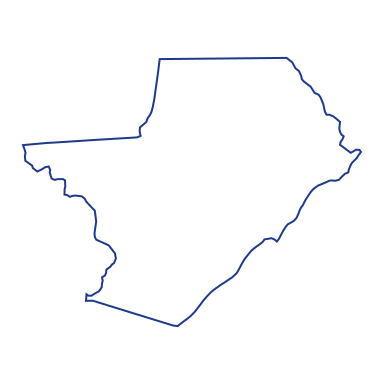 Coruripe, Alagoas, Brazil (Albers equal-area conic projection)
{"feature_id": "56859067B77364556479199", "entity_name": "Coruripe", "entity_type": "district", "adm_level": 2, "iso_a3": "BRA", "parent_name": "Brazil", "parent_adm1": "Alagoas", "projection": "albers", "projection_center": [-36.219, -10.099], "detail": "fine", "context": "isolated", "style": "outline", "palette": "blue", "viewbox_px": 384, "rotation_deg": 0, "n_neighbors": 0, "source": "geoboundaries", "source_scale": "gbopen_adm2", "svg_char_len": 2390}
<svg xmlns="http://www.w3.org/2000/svg" viewBox="0 0 384 384"><path d="M361.0,152.0L359.4,149.9L356.2,149.7L350.8,152.8L340.0,144.8L340.6,141.9L342.4,139.4L343.7,136.3L341.5,134.7L340.1,132.2L339.3,128.6L339.6,125.3L340.1,122.0L335.4,118.0L333.1,116.2L329.5,114.8L326.5,114.7L324.8,111.3L323.3,104.2L321.9,100.7L320.3,97.0L318.5,94.6L314.6,92.9L310.6,86.6L308.4,85.0L303.2,80.9L301.8,79.0L301.2,75.9L299.0,71.1L295.5,68.4L293.8,65.2L292.3,62.4L289.0,59.8L286.6,57.9L159.7,59.1L157.8,74.2L156.3,84.8L154.2,99.7L152.7,107.3L151.5,111.8L150.0,115.0L147.7,118.1L146.2,122.1L142.2,125.5L140.0,127.4L139.6,131.2L140.6,135.9L137.0,137.4L92.0,140.1L74.0,141.3L51.8,142.7L47.5,142.9L23.0,145.1L24.8,150.1L25.5,153.0L24.9,156.0L25.3,160.7L32.2,165.7L32.8,168.0L35.2,169.9L37.4,171.5L41.7,169.4L45.2,167.2L48.7,166.5L50.2,170.0L49.7,172.5L51.6,178.5L54.6,179.9L57.8,179.1L63.0,179.1L65.0,180.3L65.3,186.6L64.6,189.1L64.5,194.6L67.0,195.0L69.9,196.8L73.3,195.7L76.0,195.6L81.9,196.4L84.7,198.7L86.3,201.6L88.9,204.5L94.8,210.7L96.2,221.4L94.5,233.3L94.9,237.2L96.3,239.7L108.8,245.4L115.0,253.4L115.9,258.5L114.0,263.1L112.0,264.5L110.4,266.7L106.4,269.6L106.1,272.9L105.0,275.4L102.0,277.3L102.7,280.4L102.0,283.8L101.7,287.3L99.0,291.2L93.9,294.1L91.6,295.7L88.4,295.7L86.5,294.3L86.3,296.9L86.0,300.8L92.7,300.7L169.1,324.3L173.1,325.5L177.6,326.1L182.2,322.5L184.7,320.6L187.1,318.9L189.0,317.4L191.1,315.6L192.9,313.7L194.8,311.8L196.7,309.4L198.4,307.1L200.9,303.9L203.0,301.0L205.0,298.6L207.0,296.3L209.1,294.1L211.2,292.0L213.1,290.4L215.5,288.6L218.2,286.7L221.1,284.6L223.6,283.1L225.8,281.6L228.5,279.8L232.0,277.5L234.3,275.4L236.6,273.3L238.5,270.1L240.1,267.0L241.4,264.5L242.9,261.9L244.4,259.5L245.9,257.4L248.1,254.7L249.5,252.9L251.4,250.7L253.9,248.5L256.8,246.3L259.7,244.3L262.7,241.9L264.5,239.4L267.6,238.9L271.4,238.2L274.4,239.4L276.9,241.5L278.9,238.9L280.0,236.8L281.4,234.2L282.7,231.7L284.5,228.7L286.1,226.3L287.6,224.5L290.5,222.8L293.9,220.9L296.6,217.8L298.3,214.0L299.7,210.1L301.4,207.0L302.9,205.1L304.2,202.5L305.3,200.3L306.7,198.0L308.6,195.2L309.9,193.2L311.6,191.0L313.3,189.1L316.0,187.0L318.7,185.3L322.0,184.0L324.5,182.9L326.6,182.0L329.4,180.7L331.7,180.4L335.3,180.8L339.0,179.8L341.5,177.0L344.9,173.8L348.3,172.4L349.0,169.1L350.4,165.7L351.9,162.9L354.4,160.4L356.6,158.3L358.7,154.9L361.0,152.0Z" fill="none" stroke="#1e3a8a" stroke-width="2"/></svg>